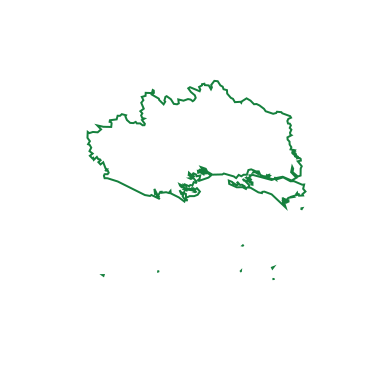 the district of Gladstone, Queensland, Australia, rotated 130°
{"feature_id": "25037944B21166714819483", "entity_name": "Gladstone", "entity_type": "district", "adm_level": 2, "iso_a3": "AUS", "parent_name": "Australia", "parent_adm1": "Queensland", "projection": "equal_earth", "projection_center": [151.305, -24.018], "detail": "fine", "context": "isolated", "style": "outline", "palette": "green", "viewbox_px": 384, "rotation_deg": 130, "n_neighbors": 0, "source": "geoboundaries", "source_scale": "gbopen_adm2", "svg_char_len": 6075}
<svg xmlns="http://www.w3.org/2000/svg" viewBox="0 0 384 384"><g transform="rotate(130 192 192)"><path d="M115.0,261.5L116.1,257.1L116.1,252.0L117.5,249.7L120.3,249.4L122.0,249.8L122.1,252.5L123.4,254.8L127.5,257.2L129.9,262.0L132.6,259.1L134.4,259.8L136.2,262.6L134.5,267.8L134.9,273.0L136.2,273.5L139.7,271.9L140.0,270.6L143.1,270.1L142.6,276.3L141.8,277.4L143.2,285.4L140.6,284.9L138.9,286.5L139.1,287.6L142.0,286.3L145.8,291.2L148.2,289.4L151.4,291.6L152.9,288.3L156.3,288.2L159.2,282.5L163.3,283.5L163.7,280.6L166.0,280.2L167.3,277.7L166.3,275.6L169.0,276.6L170.1,271.9L171.4,271.4L172.6,272.7L172.8,275.9L174.9,278.3L174.5,280.2L176.9,281.2L178.8,283.8L178.7,288.1L177.0,291.5L175.6,291.8L177.5,295.8L179.9,296.1L181.4,298.0L184.8,296.4L189.8,301.0L191.2,300.2L190.5,298.8L191.1,297.7L194.1,295.7L199.0,301.8L201.9,307.4L202.5,301.9L206.9,302.6L209.7,306.5L212.9,308.5L213.0,310.5L217.7,306.9L218.7,302.9L222.2,302.3L221.7,300.7L222.8,297.7L226.6,296.8L226.4,292.8L229.9,293.5L230.3,289.8L229.4,289.6L230.5,287.9L226.3,287.4L227.1,284.9L226.2,283.6L226.4,282.4L229.3,282.9L229.7,279.8L226.3,279.1L229.5,273.4L229.3,272.3L230.2,272.1L229.4,271.4L230.6,271.2L229.9,270.0L230.8,268.2L232.6,268.1L234.6,270.4L236.2,269.9L237.6,267.8L235.8,265.6L231.7,255.7L224.6,226.1L222.0,221.6L220.4,221.2L218.1,212.2L217.7,216.2L216.1,218.4L217.3,219.0L213.8,222.8L216.9,215.6L212.3,216.4L210.7,214.7L212.9,215.5L208.8,211.7L207.5,208.7L206.5,208.0L206.8,208.6L206.5,209.2L205.0,209.2L206.7,207.4L204.6,198.6L204.2,191.7L202.9,192.2L201.2,189.9L202.0,194.3L201.2,196.5L199.7,197.0L200.5,198.8L198.6,202.7L199.2,199.9L198.6,198.3L197.2,198.0L198.2,197.4L197.4,195.5L200.3,192.8L196.6,191.1L193.8,187.7L190.5,185.9L186.6,186.2L185.9,190.7L188.9,191.4L189.3,189.2L189.9,189.5L189.8,188.9L190.2,189.8L189.5,189.3L189.2,191.1L190.8,193.6L189.7,194.4L191.4,194.3L193.3,197.3L194.3,197.0L195.2,199.7L192.8,198.6L195.0,203.0L194.8,205.3L194.3,206.2L194.0,202.9L193.5,204.4L192.9,202.3L192.0,203.2L191.3,200.6L190.6,201.7L189.4,197.9L187.8,197.8L186.6,195.9L183.4,197.0L182.4,194.8L181.4,195.0L180.3,200.1L182.7,201.2L183.1,202.7L180.9,200.6L181.2,206.4L180.8,204.6L180.3,206.1L180.0,201.9L179.9,206.2L179.2,206.7L179.4,203.0L176.8,203.0L176.0,200.1L177.0,198.6L174.1,196.3L177.0,194.7L179.1,195.1L179.0,193.8L170.3,188.6L167.2,188.1L167.3,191.8L170.6,195.2L170.5,194.8L171.0,194.5L171.6,198.6L173.3,199.6L172.2,200.8L171.8,199.2L170.8,199.1L170.8,200.5L170.1,200.4L170.2,198.4L169.6,197.8L169.8,199.1L169.5,199.3L168.9,198.1L169.1,195.1L167.5,193.3L168.1,196.6L167.4,198.3L168.0,198.9L167.2,201.2L165.4,196.4L166.6,193.4L165.6,187.5L159.0,180.0L157.4,179.5L153.2,170.0L153.0,167.4L153.8,167.1L148.9,167.2L148.2,164.3L145.6,163.6L143.5,161.1L138.9,162.9L136.6,161.2L135.6,158.0L137.9,157.7L136.2,156.5L135.7,153.1L134.6,153.8L134.5,155.5L133.3,154.1L135.0,150.7L134.1,147.7L132.0,144.5L131.3,145.3L131.0,145.4L131.0,144.0L129.9,144.4L129.3,144.0L130.3,143.4L129.8,143.4L129.5,142.8L132.2,143.1L130.7,139.0L129.3,137.5L126.9,137.3L127.9,137.1L122.0,132.3L119.2,123.1L114.0,121.2L113.1,128.8L108.2,131.5L109.1,129.5L112.1,127.8L112.1,120.9L109.6,119.4L104.2,123.8L101.7,124.5L100.5,130.7L98.0,128.8L96.8,130.0L96.8,131.4L98.5,133.0L96.2,133.7L98.1,134.1L98.5,136.0L97.7,136.5L97.4,135.0L96.0,137.2L96.9,138.5L97.8,137.1L97.8,139.2L95.9,139.1L97.2,140.6L96.2,141.1L95.7,139.7L93.8,139.9L96.0,143.9L93.8,144.7L92.9,147.7L90.7,149.7L90.4,152.4L88.8,154.0L84.6,152.3L84.8,153.5L83.6,155.0L80.4,155.9L80.1,158.3L77.4,159.1L76.8,161.0L77.8,162.5L76.3,164.6L74.1,165.2L71.4,163.9L70.8,165.5L73.7,173.5L73.4,174.8L75.9,178.5L77.4,178.3L79.9,180.1L82.8,187.5L82.0,190.3L82.3,195.9L83.1,199.1L84.9,200.9L84.4,205.9L85.2,210.4L90.6,212.1L92.0,211.6L91.8,212.9L95.6,216.9L94.3,220.5L94.9,222.8L94.0,228.3L91.5,230.7L93.0,233.9L91.6,236.2L92.1,238.8L90.6,243.5L92.5,246.3L97.7,246.1L99.1,244.0L101.1,243.5L99.6,247.7L101.9,250.9L101.1,252.1L103.0,253.6L103.9,252.9L107.0,254.1L108.2,251.5L109.9,250.9L113.0,260.9L115.0,261.5ZM148.0,153.1L147.1,155.4L149.4,158.3L150.0,152.8L151.2,151.7L152.9,152.5L151.1,149.9L149.6,140.9L147.9,137.7L146.7,138.2L145.2,136.8L142.6,129.5L143.7,110.2L141.8,113.2L141.7,115.5L137.8,119.0L138.9,117.5L137.8,117.5L138.9,116.9L137.9,116.7L137.7,115.9L139.2,116.3L138.7,115.6L139.6,115.8L139.9,114.6L134.5,114.4L130.9,111.3L131.2,112.5L126.7,109.6L126.5,110.8L125.1,110.9L125.7,110.1L125.0,108.7L126.0,107.6L123.3,104.7L122.7,106.0L118.7,105.4L118.1,108.9L114.2,110.9L115.6,112.3L118.2,120.9L120.5,123.5L122.2,131.6L127.3,134.9L127.9,136.8L128.6,135.7L128.7,137.0L131.6,138.7L139.7,156.1L142.2,158.6L142.8,157.2L144.8,157.8L144.5,154.9L144.8,153.9L144.9,155.6L146.7,154.6L145.8,151.8L146.9,150.9L146.8,152.2L147.9,150.9L148.2,151.4L146.8,152.4L147.0,155.1L148.0,153.1ZM158.5,167.7L159.6,171.1L161.9,168.7L159.6,160.7L155.8,156.4L154.8,151.7L154.9,153.9L153.8,155.2L154.3,158.4L155.7,159.7L155.3,162.5L157.3,161.6L158.1,162.4L158.5,166.0L159.0,165.1L159.2,165.3L158.5,167.7ZM166.4,197.3L167.1,196.6L166.5,194.9L165.6,196.1L166.4,197.3ZM197.0,81.3L198.5,82.1L198.9,81.2L197.0,81.3ZM178.2,202.1L179.1,202.2L179.4,201.4L178.7,200.8L178.2,202.1ZM191.4,196.5L192.3,197.4L192.7,196.7L192.3,195.9L191.4,196.5ZM134.1,97.7L135.4,96.8L133.4,97.1L134.1,97.7ZM312.4,206.3L313.2,207.2L313.1,206.0L312.4,206.3ZM191.4,195.9L191.4,194.9L190.5,195.0L191.4,195.9ZM169.9,195.1L170.8,197.2L171.1,197.6L171.2,196.8L169.9,195.1ZM146.4,155.7L146.7,157.6L146.8,157.5L146.4,155.7ZM169.3,196.3L169.5,198.0L169.4,195.4L169.3,196.3ZM149.1,158.9L149.3,159.7L149.5,161.6L149.8,159.4L149.1,158.9ZM140.5,113.4L137.3,111.9L136.7,112.5L140.5,113.4ZM200.5,118.6L199.2,118.6L200.6,118.8L200.5,118.6ZM155.6,162.8L155.4,164.2L155.9,162.7L155.6,162.8ZM216.8,214.5L217.0,215.1L217.4,214.3L216.8,214.5ZM222.1,103.9L221.3,103.6L221.0,103.8L222.1,103.9ZM145.8,159.6L146.2,159.7L146.0,159.1L145.8,159.6ZM273.8,167.5L274.5,167.0L274.7,166.8L274.5,166.7L273.8,167.5ZM205.6,74.2L206.3,73.8L206.4,73.7L206.2,73.5L205.6,74.2ZM188.2,193.0L189.4,192.9L188.2,192.7L188.2,193.0Z" fill="none" stroke="#15803d" stroke-width="2"/></g></svg>